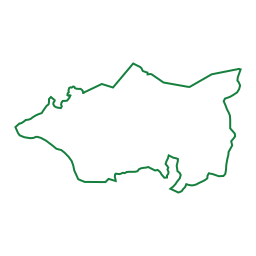 outline of Alor Gajah, Melaka, Malaysia
{"feature_id": "92858781B21202151512611", "entity_name": "Alor Gajah", "entity_type": "district", "adm_level": 2, "iso_a3": "MYS", "parent_name": "Malaysia", "parent_adm1": "Melaka", "projection": "mercator", "projection_center": [102.174, 2.385], "detail": "fine", "context": "isolated", "style": "outline", "palette": "green", "viewbox_px": 256, "rotation_deg": 0, "n_neighbors": 0, "source": "geoboundaries", "source_scale": "gbopen_adm2", "svg_char_len": 2473}
<svg xmlns="http://www.w3.org/2000/svg" viewBox="0 0 256 256"><path d="M50.9,97.0L49.0,99.1L49.0,102.2L48.6,104.3L46.5,106.0L45.0,108.1L43.1,110.8L41.7,113.1L38.7,114.1L35.8,115.4L32.7,117.3L30.8,118.8L28.7,119.6L25.7,120.0L23.9,121.5L21.6,123.0L19.3,123.8L19.2,123.7L15.4,127.1L16.7,130.0L18.0,133.0L19.6,135.3L24.2,137.2L30.1,138.2L33.4,137.9L36.0,136.9L37.6,136.9L40.9,137.9L45.8,140.5L52.7,145.7L56.3,148.7L58.6,149.4L61.2,150.0L64.5,152.6L68.7,156.9L71.7,161.1L73.3,165.7L74.3,170.6L76.3,174.9L78.2,179.2L81.2,180.5L84.7,181.9L105.4,182.1L108.6,178.9L115.7,181.0L115.5,179.3L114.8,177.0L115.0,174.7L115.7,173.7L119.7,174.1L121.3,173.5L122.8,172.8L124.7,173.1L126.8,172.0L128.9,171.8L131.6,171.8L135.0,171.8L137.5,171.2L138.9,169.3L141.3,168.2L144.0,167.8L146.1,167.6L148.2,167.0L151.9,168.9L155.1,170.5L157.6,169.9L160.1,172.0L161.6,174.5L164.3,177.7L167.0,177.5L167.0,175.6L168.3,173.7L168.5,172.0L167.5,169.5L168.3,167.6L167.2,165.9L165.6,164.0L166.6,160.9L167.9,158.4L168.7,155.4L170.6,156.3L173.3,157.7L175.8,158.2L177.9,159.0L177.9,160.5L177.5,162.4L176.7,165.7L177.1,168.4L177.5,171.2L179.6,172.8L180.7,174.9L179.8,178.3L177.1,181.6L175.4,184.2L173.3,186.5L170.4,188.8L178.4,192.5L180.2,191.9L181.9,190.9L183.2,189.0L185.1,187.1L186.3,184.2L189.0,185.0L191.8,185.4L193.7,185.2L196.4,184.4L199.1,182.9L202.5,181.4L205.4,179.8L207.3,178.3L207.5,175.8L208.8,173.3L212.7,174.1L218.8,176.2L223.4,176.0L224.4,174.9L225.3,173.9L226.0,169.7L226.3,164.7L227.3,159.2L228.3,155.2L228.6,152.0L232.2,145.4L231.2,141.2L233.8,138.2L235.1,136.3L234.8,133.6L232.8,131.3L230.2,128.4L230.2,124.8L230.2,119.5L229.9,115.6L228.9,113.0L226.9,109.1L225.3,104.8L223.7,101.2L225.0,98.6L229.9,96.9L233.2,95.0L237.1,92.4L239.1,89.1L240.1,85.5L238.7,82.2L237.4,80.6L237.8,77.3L240.6,69.4L239.1,68.9L211.7,74.3L189.7,86.9L188.4,86.9L163.5,82.5L151.9,74.5L151.3,74.3L150.9,74.1L149.9,74.0L149.2,74.2L148.6,74.3L147.6,74.4L147.5,72.6L146.4,72.3L142.8,71.0L142.3,70.0L141.7,68.6L140.8,67.5L139.6,66.7L138.1,66.0L133.2,63.5L113.0,87.5L101.8,84.0L83.5,92.7L83.4,93.8L82.6,90.7L82.0,90.0L80.6,88.9L79.0,88.9L76.3,88.7L74.9,88.1L74.4,86.9L73.2,86.5L71.7,87.6L70.5,87.3L69.2,88.0L68.5,90.3L68.8,92.3L67.7,93.2L67.4,95.1L68.6,95.8L69.3,95.2L70.4,95.5L69.3,97.9L68.2,99.3L67.0,100.7L64.7,100.9L62.7,101.0L61.6,102.5L61.1,104.6L61.8,106.4L60.8,108.1L59.5,107.9L57.9,107.7L56.1,107.2L54.4,106.2L53.3,104.2L53.5,102.4L54.5,101.3L54.7,100.2L50.9,97.0Z" fill="none" stroke="#15803d" stroke-width="2"/></svg>